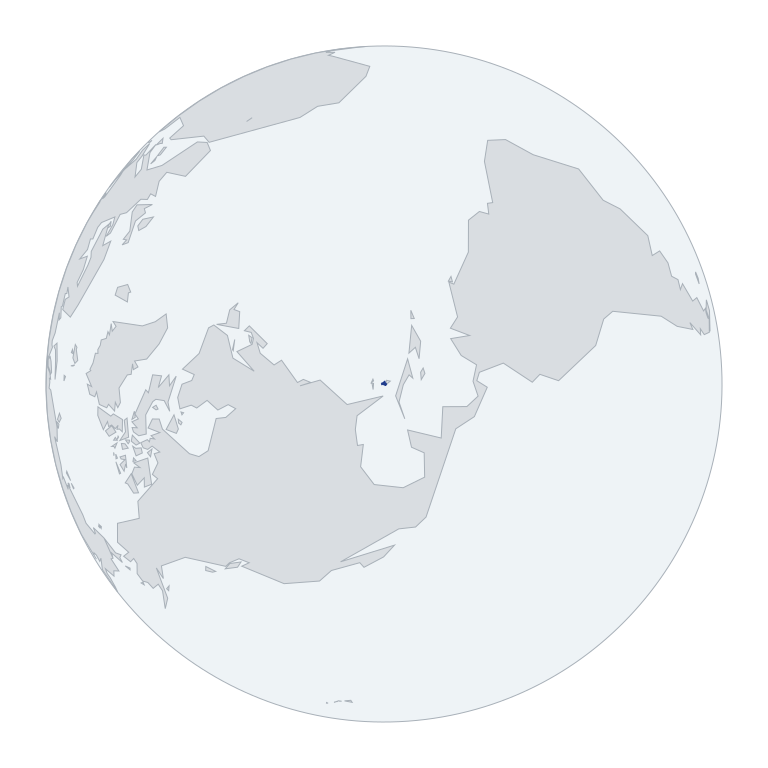 the Earth from above North Andros, rotated 263°
{"feature_id": "BHS-5019", "entity_name": "North Andros", "entity_type": "District", "adm_level": 1, "iso_a3": "BHS", "parent_name": "The Bahamas", "parent_adm1": "", "projection": "orthographic", "projection_center": [-78.177, 24.834], "detail": "fine", "context": "on_globe", "style": "filled", "palette": "blue", "viewbox_px": 768, "rotation_deg": 263, "n_neighbors": 0, "source": "natural_earth", "source_scale": "10m", "svg_char_len": 10248}
<svg xmlns="http://www.w3.org/2000/svg" viewBox="0 0 768 768"><g transform="rotate(263 384 384)"><circle cx="384" cy="384" r="338" fill="#eef3f6" stroke="#a8b0b8"/><path d="M384.0,480.1L376.0,476.5L368.2,486.1L340.6,469.7L330.8,449.8L246.8,409.5L238.2,397.9L238.4,381.0L212.8,319.2L222.8,374.8L212.4,362.5L204.5,341.8L209.6,338.2L205.3,309.1L196.3,296.0L198.0,260.5L220.5,220.6L223.0,228.4L228.2,218.8L225.4,208.8L222.3,204.7L236.2,165.6L230.6,140.9L217.8,141.3L229.2,135.6L197.7,143.2L187.7,139.5L205.8,139.0L212.8,135.5L209.3,130.0L215.8,125.4L217.8,120.5L225.9,115.9L235.9,117.0L241.3,114.3L238.5,110.8L244.8,104.6L248.1,110.1L259.4,100.2L278.2,102.5L280.5,124.7L297.6,125.4L317.6,147.8L322.5,143.1L333.2,150.0L342.8,147.4L343.8,153.2L350.6,146.3L347.9,141.5L350.0,137.2L355.4,135.5L357.6,142.3L355.2,144.1L358.6,145.3L357.4,149.6L361.1,146.5L363.1,155.6L369.1,144.5L377.5,149.9L376.6,156.6L366.2,158.6L338.5,182.4L334.5,191.5L339.2,201.3L370.2,213.2L370.1,222.9L377.6,233.8L382.5,226.8L378.4,215.9L389.3,206.4L383.0,195.2L386.5,190.1L384.2,178.4L395.8,177.6L408.4,183.5L410.9,193.6L416.5,196.8L423.3,185.8L436.8,204.2L461.1,216.7L463.3,222.3L451.3,234.5L428.1,237.2L412.5,256.7L434.1,242.0L439.4,257.9L445.1,260.0L451.4,258.5L453.9,251.9L458.1,257.4L438.3,273.0L434.2,268.3L440.5,263.0L429.6,264.9L416.3,277.2L420.1,285.2L396.0,298.3L398.4,304.5L394.5,311.4L392.4,300.4L395.7,321.1L368.1,344.9L372.2,381.7L355.8,353.4L342.3,350.0L326.2,350.2L326.5,356.1L304.7,350.7L285.4,362.0L278.7,390.4L286.6,413.0L310.8,415.5L317.9,403.6L335.5,401.8L323.4,434.2L354.3,439.6L351.5,463.5L360.5,475.9L375.9,472.7L391.8,478.2L402.9,464.1L420.9,455.7L421.7,474.9L431.3,456.7L441.6,465.2L477.2,460.8L474.6,465.5L504.6,483.8L536.3,487.8L543.6,499.7L539.9,508.7L550.7,508.7L550.8,514.0L592.7,510.8L613.2,516.6L611.8,534.4L593.4,560.0L573.7,603.4L539.7,623.9L529.0,639.7L499.1,663.9L478.8,665.9L482.5,673.8L469.6,680.6L455.9,682.6L451.8,688.5L441.6,689.7L447.2,692.5L428.7,700.5L431.6,705.0L417.6,710.1L419.9,712.2L415.3,712.4L410.0,713.5L408.9,714.7L395.7,713.2L394.0,707.9L400.3,704.7L394.2,704.3L407.7,695.1L400.5,697.2L405.5,682.0L417.5,667.4L428.3,619.9L421.7,610.0L396.4,598.8L366.0,557.7L374.6,539.9L367.7,531.4L390.2,505.0L384.0,480.1ZM71.9,313.6L74.3,306.2L74.1,312.5L71.9,313.6ZM75.0,300.6L74.3,303.3L74.7,300.8L75.0,300.6ZM74.7,298.1L74.9,299.9L74.4,298.5L74.7,298.1ZM74.0,295.6L74.5,296.6L74.3,296.8L74.0,295.6ZM370.8,394.1L406.1,410.5L386.3,413.3L390.0,410.0L381.0,403.1L364.3,396.7L346.9,400.4L370.8,394.1ZM74.0,289.6L74.2,288.0L74.9,288.2L74.0,289.6ZM385.9,373.7L379.8,372.5L385.7,372.2L385.9,373.7ZM219.9,203.9L224.6,209.2L224.8,220.4L220.0,216.3L219.9,203.9ZM220.6,184.3L224.6,184.9L218.5,194.1L218.1,190.9L220.6,184.3ZM207.3,143.3L209.9,146.1L205.1,145.1L207.3,143.3ZM216.7,120.7L213.9,121.5L216.1,118.7L216.7,120.7ZM378.0,179.7L381.0,179.1L379.9,181.6L378.0,179.7ZM374.1,175.5L370.5,178.9L368.2,177.4L370.4,175.3L374.1,175.5ZM230.5,109.3L235.0,105.0L232.2,109.5L230.5,109.3ZM379.0,171.8L364.4,174.4L360.3,171.9L365.4,162.2L379.0,171.8ZM238.7,102.6L249.5,93.1L244.1,93.8L265.3,87.3L249.1,97.0L246.5,102.2L243.9,100.6L238.7,102.6ZM344.7,140.8L347.8,145.8L340.2,143.4L344.7,140.8ZM339.3,140.5L312.8,141.1L310.9,133.6L320.1,134.6L313.6,126.8L325.6,122.8L331.9,126.2L330.8,131.6L336.2,126.0L339.3,140.5ZM275.2,85.7L279.3,84.0L276.9,86.1L275.2,85.7ZM350.2,135.2L345.0,135.7L342.9,129.2L352.9,127.0L350.4,129.8L350.2,135.2ZM305.9,127.1L306.2,122.2L316.0,117.5L317.4,115.1L325.7,122.1L305.9,127.1ZM353.6,130.5L358.0,126.2L363.9,128.0L355.1,134.4L353.6,130.5ZM338.2,128.5L337.7,125.4L341.2,126.4L338.2,128.5ZM387.4,132.9L381.2,133.0L379.6,129.5L387.4,132.9ZM359.3,124.6L357.2,124.0L355.9,122.8L360.0,120.6L359.3,124.6ZM332.0,118.5L336.1,117.8L329.1,115.4L336.2,112.2L340.5,117.7L341.6,114.0L343.8,113.1L344.8,118.7L332.0,118.5ZM360.1,114.9L368.0,121.6L379.7,121.8L381.5,124.8L362.3,124.0L360.1,114.9ZM351.0,116.5L357.0,116.1L356.2,119.7L351.5,122.3L351.0,116.5ZM339.5,108.4L327.5,111.7L327.0,110.5L339.5,108.4ZM363.7,114.1L361.7,112.6L364.6,113.7L363.7,114.1ZM347.1,109.2L342.9,110.4L342.4,108.9L347.1,109.2ZM361.2,108.8L363.7,110.8L360.7,112.4L361.2,108.8ZM354.9,108.3L355.2,106.1L358.1,111.8L353.1,109.1L354.9,108.3ZM347.3,107.6L345.7,107.1L349.1,107.3L347.3,107.6ZM371.4,101.8L375.7,108.7L368.9,112.1L365.6,104.8L371.4,101.8ZM417.2,716.0L396.5,714.0L408.4,715.0L418.0,712.7L428.3,714.2L417.2,716.0ZM444.9,709.0L455.3,706.6L457.3,706.9L450.7,708.7L444.9,709.0ZM638.2,161.3L644.8,169.9L636.7,161.9L617.3,139.8L612.7,135.3L638.2,161.3ZM600.1,124.2L599.9,124.2L587.8,114.6L598.8,123.8L601.0,125.2L607.9,131.5L606.3,130.8L602.1,127.1L603.7,129.6L623.4,148.0L627.7,151.3L637.3,165.5L645.5,172.9L651.3,180.8L639.7,171.6L633.9,165.7L619.8,162.1L626.7,169.3L640.5,173.6L640.2,175.6L649.6,186.9L642.2,179.9L625.3,174.8L628.0,190.3L647.0,228.3L645.3,237.9L636.9,240.2L614.3,212.3L620.6,194.2L612.6,185.5L598.0,180.1L601.2,175.6L596.0,171.6L597.0,165.2L585.4,149.3L584.5,142.8L567.2,130.9L564.4,126.3L575.4,134.4L582.6,137.2L578.7,123.3L574.3,118.9L563.4,112.7L563.7,110.3L553.6,106.1L545.2,97.3L547.0,105.1L534.2,99.5L522.2,91.8L518.4,91.7L537.9,104.5L545.4,108.6L551.3,109.6L572.0,123.8L576.0,130.1L555.6,121.7L559.1,130.2L541.7,121.2L499.6,89.9L488.6,80.8L497.0,74.2L506.9,78.0L508.8,82.0L518.8,82.1L512.4,80.2L512.6,78.7L500.5,74.3L500.1,73.1L489.1,71.3L487.3,69.4L494.3,70.5L474.7,63.8L467.5,60.0L463.3,59.2L460.8,59.4L453.2,55.2L450.5,54.9L451.8,56.0L447.2,56.3L436.1,55.5L434.1,54.1L437.8,54.1L442.7,52.8L453.0,54.1L451.0,53.5L441.6,52.2L435.7,53.7L429.5,53.7L430.9,52.4L430.0,52.8L426.3,52.5L420.8,51.1L418.6,52.5L380.8,54.2L366.4,52.7L371.9,50.6L343.4,53.5L329.3,53.7L330.6,54.5L317.9,57.7L322.1,57.6L321.8,58.3L290.9,69.1L282.1,71.3L270.4,78.8L271.0,79.4L276.9,78.0L265.3,87.3L244.1,93.8L243.7,91.8L230.7,98.1L231.5,93.1L226.2,92.6L234.6,85.0L229.7,86.1L225.1,88.6L215.0,92.7L210.0,94.3L210.4,94.1L234.0,81.9L245.6,81.8L242.6,80.3L249.2,77.7L251.8,75.6L249.2,75.4L245.2,77.2L271.4,65.4L271.6,65.3L295.4,57.9L319.7,52.3L344.3,48.4L369.2,46.4L394.1,46.2L419.0,47.9L443.6,51.4L468.0,56.7L491.9,63.8L515.2,72.6L537.8,83.1L559.6,95.3L580.4,109.0L600.1,124.2ZM721.2,406.7L721.4,397.4L721.2,372.6L720.2,366.7L719.2,375.8L717.0,368.9L715.6,373.0L701.0,408.6L691.6,403.6L668.6,373.5L667.7,351.9L658.8,333.1L645.2,239.9L652.0,235.4L652.4,202.5L654.2,201.3L664.8,216.5L673.5,213.9L663.8,197.5L661.7,191.5L675.3,212.8L687.3,235.1L697.6,258.1L706.1,281.9L712.9,306.3L717.8,331.1L720.8,356.2L721.9,381.4L721.2,406.7ZM661.3,279.6L664.4,285.6L661.3,279.6ZM478.3,460.4L482.6,463.6L477.0,464.4L478.3,460.4ZM383.8,421.5L391.2,421.8L395.1,424.8L389.5,425.9L383.8,421.5ZM445.6,418.7L453.9,419.6L445.3,422.0L445.6,418.7ZM411.6,412.5L438.8,418.6L422.0,425.6L404.8,421.9L416.6,419.6L411.6,412.5ZM382.8,385.5L387.4,386.9L386.1,390.6L382.8,385.5ZM390.2,373.6L388.4,374.0L386.0,371.0L390.2,373.6ZM440.5,256.9L442.2,255.9L448.8,255.7L446.0,258.7L440.5,256.9ZM476.4,239.9L482.4,249.2L476.2,244.2L473.4,249.6L456.8,246.6L463.6,225.1L463.5,235.0L476.4,239.9ZM436.6,237.8L446.4,241.3L435.4,238.4L436.6,237.8ZM566.2,159.3L570.9,158.9L576.9,164.7L577.9,175.5L569.3,166.9L566.2,159.3ZM576.1,157.2L555.5,147.3L554.0,141.0L558.4,146.1L559.4,142.9L566.7,150.3L585.4,155.1L591.9,160.7L590.4,176.0L587.3,167.5L582.9,168.1L576.1,157.2ZM505.6,141.4L496.7,139.3L505.0,128.0L512.4,131.4L514.0,141.7L506.1,143.8L505.6,141.4ZM390.7,155.2L386.7,156.7L386.1,154.6L389.0,151.5L390.7,155.2ZM384.6,133.2L407.3,146.8L404.0,149.1L421.3,155.5L419.2,164.2L408.0,159.5L419.3,171.6L408.4,170.9L417.1,178.7L392.4,167.4L383.0,168.0L394.3,163.8L396.6,155.7L394.7,152.3L382.4,143.7L363.3,141.9L362.5,134.3L367.0,129.5L371.5,128.7L370.6,133.7L377.2,129.2L379.3,135.9L384.6,133.2ZM420.0,89.5L417.1,93.5L430.7,89.6L433.0,94.6L434.4,93.9L440.2,97.7L449.7,101.3L449.2,103.8L453.1,104.2L457.0,107.1L462.2,108.7L463.1,113.9L469.6,116.4L466.3,117.5L477.2,120.6L469.5,120.7L473.9,125.1L479.0,122.7L471.1,151.3L473.7,164.6L480.1,176.3L466.1,176.1L451.1,165.6L437.7,151.5L437.2,139.2L430.9,141.9L428.8,137.0L434.7,136.9L424.4,134.2L424.3,130.3L412.3,120.5L397.7,120.1L393.0,116.9L398.6,115.1L390.0,113.3L397.4,108.1L394.2,105.9L398.4,99.0L411.2,97.7L406.6,95.4L409.6,90.7L420.0,89.5ZM372.9,99.9L387.7,96.1L396.2,97.3L385.4,108.9L387.3,111.7L380.6,120.1L368.5,118.4L371.5,116.0L371.6,113.4L375.4,115.0L372.4,111.8L376.5,108.7L375.3,105.5L380.4,105.0L372.9,99.9ZM649.8,193.2L650.0,191.3L648.9,187.0L654.8,194.6L649.8,193.2ZM638.7,189.9L638.0,186.8L645.8,194.4L645.5,196.8L638.7,189.9ZM630.9,179.2L637.3,186.1L633.7,183.8L630.9,179.2ZM574.0,131.7L572.4,128.7L574.8,129.7L578.8,133.0L574.0,131.7ZM460.8,82.4L457.8,83.7L455.7,82.8L444.7,82.9L442.1,79.7L447.8,78.4L460.8,82.4ZM652.5,181.3L652.2,179.3L654.1,183.4L652.5,181.3ZM456.2,79.0L451.9,79.2L453.3,77.5L456.2,79.0ZM439.7,77.5L440.2,75.4L440.6,79.4L439.7,77.5ZM428.5,58.0L446.7,60.8L458.1,62.1L461.9,61.0L464.4,64.4L446.8,62.4L428.5,58.0ZM386.9,54.4L383.7,56.4L379.9,55.5L380.1,55.0L386.9,54.4ZM388.7,55.6L394.5,58.3L389.3,59.4L385.7,57.0L388.7,55.6ZM426.0,66.7L431.6,67.6L430.3,68.8L426.0,66.7ZM277.4,83.4L279.1,83.9L275.4,84.8L277.4,83.4ZM324.4,58.2L323.3,59.3L319.0,59.8L324.4,58.2ZM317.9,63.0L323.6,61.5L318.4,63.7L317.9,63.0ZM336.1,58.5L326.3,61.2L334.5,57.9L336.1,58.5Z" fill="#d9dde1" stroke="#a8b0b8" stroke-width="1"/><path d="M384.2,386.0L383.8,386.2L383.7,386.2L383.1,385.8L382.7,385.5L382.6,385.4L382.6,385.2L382.8,385.2L383.0,385.0L383.2,384.9L383.2,384.7L383.3,384.7L383.3,384.8L383.4,385.0L383.3,385.3L383.2,385.3L383.2,385.5L383.4,385.4L383.5,385.4L383.5,385.2L383.6,385.3L383.6,385.5L383.7,385.4L383.8,385.3L383.9,385.2L383.7,385.1L383.8,385.0L383.7,385.0L383.7,384.9L383.6,384.7L383.5,385.0L383.5,384.9L383.4,384.8L383.4,384.7L383.4,384.3L383.5,384.3L383.6,384.2L383.6,383.9L383.8,383.8L383.9,383.7L384.0,383.5L384.0,383.4L383.9,383.3L384.0,383.2L384.1,382.9L384.0,382.6L384.0,382.4L383.9,382.2L383.8,381.9L384.0,381.8L384.3,381.9L384.3,382.0L384.5,382.1L384.7,381.9L384.8,382.0L385.0,382.1L385.0,382.3L385.0,382.5L385.0,382.8L385.0,383.0L385.3,383.2L385.6,384.0L385.9,384.3L386.0,384.5L386.3,384.7L386.4,384.8L386.4,385.0L385.8,385.1L385.3,385.2L384.8,385.3L384.6,385.4L384.4,385.7L384.2,386.0Z" fill="#3b82f6" stroke="#1e3a8a" stroke-width="1.5"/></g></svg>